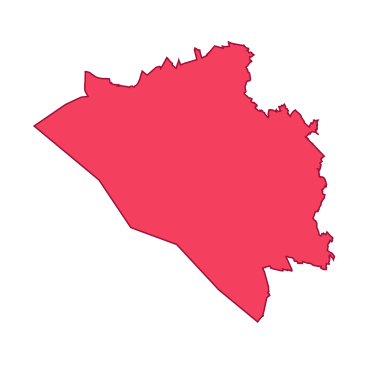 Waadhoeke, Friesland, Netherlands, rotated 257°
{"feature_id": "6326949B95625047897274", "entity_name": "Waadhoeke", "entity_type": "district", "adm_level": 2, "iso_a3": "NLD", "parent_name": "Netherlands", "parent_adm1": "Friesland", "projection": "robinson", "projection_center": [5.61, 53.246], "detail": "fine", "context": "isolated", "style": "filled", "palette": "rose", "viewbox_px": 384, "rotation_deg": 257, "n_neighbors": 0, "source": "geoboundaries", "source_scale": "gbopen_adm2", "svg_char_len": 5979}
<svg xmlns="http://www.w3.org/2000/svg" viewBox="0 0 384 384"><g transform="rotate(257 192 192)"><path d="M224.6,104.1L171.1,124.4L144.3,165.3L90.8,196.0L50.7,226.7L55.1,232.1L54.9,232.9L55.6,233.5L55.8,233.2L60.9,235.8L72.1,241.0L72.5,241.5L73.6,244.2L73.8,244.5L75.4,244.2L75.9,243.5L76.8,243.2L77.2,243.4L77.4,244.3L77.8,244.6L79.3,244.5L81.9,245.2L97.9,244.6L101.9,243.7L102.0,244.1L102.0,246.4L102.3,246.9L102.4,251.3L100.1,251.7L100.1,252.0L99.4,252.8L98.3,254.9L95.0,261.8L94.8,262.7L94.8,263.0L96.6,263.0L94.2,267.2L94.8,267.3L92.7,271.2L93.6,271.2L93.4,271.5L93.5,271.9L107.9,269.1L107.9,269.7L107.0,271.5L106.5,271.8L105.3,275.2L104.2,275.7L103.7,276.2L101.7,276.2L100.7,278.8L98.7,279.1L98.1,281.1L98.7,281.3L97.5,283.5L99.3,284.3L96.7,288.5L95.8,291.2L94.9,292.3L93.7,293.2L92.5,295.1L92.5,295.7L91.8,296.9L90.5,300.1L90.5,300.9L90.4,300.9L90.4,301.1L89.6,300.6L88.8,300.5L87.0,302.7L86.5,304.0L86.6,304.9L86.3,305.3L88.2,306.1L88.6,305.6L92.0,306.9L91.2,308.2L90.9,309.5L93.0,309.5L93.8,310.3L95.7,311.2L96.6,311.2L97.4,310.9L99.6,311.7L99.3,312.5L97.1,313.1L96.0,314.2L94.2,314.5L97.1,316.3L100.7,314.8L102.1,313.1L103.6,311.7L104.5,310.6L105.5,311.3L106.1,311.4L108.3,312.4L109.3,312.0L112.0,314.0L111.7,314.4L111.9,314.7L113.7,315.3L113.1,316.1L112.1,316.9L112.1,317.2L113.2,317.6L113.5,318.0L114.1,317.8L115.4,318.2L115.2,318.7L115.6,318.9L118.5,316.8L122.7,314.5L120.4,312.8L122.3,310.8L121.6,310.4L122.2,309.3L120.2,307.7L121.4,306.3L124.6,306.4L129.7,305.6L133.1,306.6L136.0,306.1L137.0,304.8L138.3,304.5L139.0,303.9L145.0,307.8L145.2,308.3L144.6,309.8L144.7,310.5L146.1,310.7L146.3,311.1L146.2,311.5L146.4,311.8L147.7,312.2L148.5,312.7L150.3,314.7L151.2,314.8L151.6,315.2L153.4,315.9L153.4,316.3L153.8,316.5L154.2,317.1L155.0,317.7L155.7,318.5L156.4,319.6L157.4,319.9L159.5,320.9L160.5,319.0L162.4,318.9L163.0,319.4L164.6,319.0L164.6,319.3L165.1,319.7L164.9,319.9L166.2,321.4L166.5,322.5L167.9,322.9L167.4,323.3L167.0,324.0L168.7,324.5L169.0,324.8L170.9,324.6L172.1,324.8L173.6,324.2L174.4,324.5L175.9,323.8L176.0,323.3L177.1,322.9L177.6,321.3L177.3,321.3L177.3,320.6L177.5,320.3L178.0,320.4L178.3,319.4L179.1,319.5L180.3,320.1L180.7,319.7L181.8,320.1L184.1,320.0L184.1,320.6L184.7,320.7L186.1,319.8L185.7,320.9L185.0,321.5L187.8,323.2L188.4,322.9L189.3,323.9L191.4,323.1L192.5,325.6L195.3,324.9L195.9,326.6L196.2,326.5L197.1,328.9L211.0,320.7L211.8,320.5L211.7,320.2L212.0,320.2L215.5,317.8L215.7,318.1L215.6,317.8L216.4,317.4L217.2,317.4L217.0,317.0L218.6,316.4L218.5,316.2L219.5,315.8L219.3,315.5L220.1,314.9L221.2,317.3L223.0,319.5L221.9,319.9L223.7,322.0L223.6,323.2L222.2,326.0L219.9,327.8L220.0,327.9L222.2,326.3L222.6,326.5L224.6,326.2L225.0,326.6L224.5,327.6L224.8,328.0L228.3,328.7L228.9,328.5L229.0,329.3L231.9,329.5L233.6,331.0L233.8,327.5L234.5,327.5L234.6,326.6L233.6,326.5L231.7,324.8L232.6,323.6L228.9,320.8L234.4,316.8L235.0,317.2L235.4,317.2L240.1,315.4L241.3,315.4L242.3,315.2L243.3,314.7L247.3,311.8L248.7,311.1L247.9,309.3L246.8,307.6L244.4,305.2L243.6,304.8L244.1,304.5L244.3,304.8L244.8,304.4L244.7,304.1L244.8,304.0L246.8,303.5L246.7,303.0L247.5,302.8L248.3,303.4L249.8,304.1L250.7,303.4L251.5,303.4L251.5,303.0L252.5,302.1L254.1,302.4L256.8,301.7L256.3,301.0L255.5,300.2L255.6,299.5L256.1,299.3L256.3,298.8L255.2,297.9L255.5,297.0L255.3,296.9L255.6,295.8L253.1,296.1L251.8,296.6L251.7,296.2L251.0,296.4L251.1,295.7L250.9,295.3L251.5,293.9L251.5,293.4L253.3,292.8L252.1,291.5L251.6,291.7L252.3,290.6L253.7,289.2L253.5,288.8L253.9,288.0L254.3,287.6L254.7,286.5L254.0,286.2L254.4,285.3L250.4,283.6L249.5,284.2L247.4,283.0L250.6,281.0L252.2,280.4L252.7,280.6L254.4,278.6L255.0,279.0L256.1,277.9L255.6,277.3L256.2,276.6L255.5,276.4L255.6,276.2L257.0,274.2L258.0,274.0L258.3,273.3L259.0,273.1L259.1,272.5L261.2,273.0L260.9,273.6L261.1,273.8L260.9,274.1L261.1,274.5L261.9,274.9L265.3,272.6L264.8,272.1L266.8,269.8L267.3,269.8L268.1,270.8L269.2,271.4L269.6,271.2L269.8,270.6L270.5,269.7L270.7,268.9L271.1,268.3L272.7,267.4L274.0,266.3L275.6,265.3L276.8,265.1L277.3,266.5L278.0,267.2L280.7,267.1L282.0,267.4L283.0,267.4L285.2,269.0L287.1,269.9L287.6,270.8L287.5,271.0L287.6,271.8L287.4,272.8L287.6,273.6L288.7,274.4L294.9,274.8L296.4,273.7L297.6,273.4L298.0,273.7L299.3,273.5L299.5,273.1L301.3,272.7L303.3,275.5L305.9,278.3L305.4,278.6L305.9,279.6L306.9,279.1L307.4,278.1L310.7,278.6L310.2,279.8L311.7,283.2L312.4,282.8L312.7,282.0L313.3,281.7L314.3,281.5L314.8,281.1L315.0,280.4L314.7,278.9L317.4,278.4L317.5,277.8L318.3,279.4L319.2,279.3L320.5,277.0L322.4,275.8L322.5,276.0L323.2,275.8L323.4,275.3L323.0,275.2L326.9,266.3L326.4,266.4L326.5,266.2L327.1,265.9L328.2,263.7L330.0,261.3L329.6,261.2L325.5,261.2L325.9,258.9L325.8,258.7L326.3,256.5L327.3,254.3L325.1,254.5L329.2,247.0L326.1,242.8L324.9,241.2L324.7,241.2L324.0,239.7L323.7,239.8L322.8,237.4L321.7,237.6L320.4,231.7L325.8,231.3L328.6,231.5L328.7,231.0L328.6,230.9L328.9,230.3L328.6,230.2L330.7,228.3L331.5,227.2L329.9,226.8L330.1,226.4L319.9,226.5L319.1,214.8L319.2,214.6L318.5,209.9L319.5,209.5L319.3,209.4L323.5,208.8L321.8,208.0L319.8,206.5L319.6,206.5L316.0,204.3L320.6,201.1L321.6,201.8L326.4,198.6L326.6,198.9L328.6,197.7L320.9,190.9L319.4,189.2L321.3,189.2L321.6,189.0L321.7,187.9L321.4,184.9L316.0,174.7L316.4,174.2L321.0,170.7L317.8,168.7L313.8,166.6L310.2,163.9L309.0,162.5L308.5,161.6L308.3,160.5L307.5,159.5L307.4,158.9L307.7,158.3L308.5,157.8L308.7,156.8L308.7,155.5L308.0,154.4L308.5,154.1L308.5,153.8L309.1,152.8L310.8,148.3L310.7,148.2L312.9,144.6L311.6,144.5L312.1,142.9L314.0,143.1L313.5,142.9L313.6,142.6L313.8,142.7L313.6,142.6L314.3,140.0L315.0,139.0L315.4,138.3L315.6,138.3L315.5,138.1L315.9,138.0L315.7,137.9L316.7,136.8L320.9,136.9L322.3,131.7L322.4,130.8L323.8,127.4L324.5,126.0L325.1,125.0L326.8,123.1L329.1,121.1L329.3,120.5L330.0,120.3L331.4,119.2L333.0,116.3L332.8,116.0L333.3,115.1L324.4,112.9L321.3,111.9L315.8,110.6L314.2,110.6L308.5,112.2L309.3,105.1L305.7,88.4L291.8,53.0L224.6,104.1Z" fill="#f43f5e" stroke="#9f1239" stroke-width="1.5"/></g></svg>